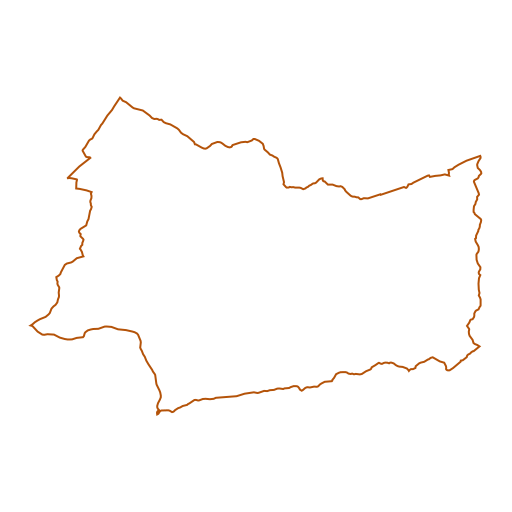 outline of Alunis, Prahova, Romania
{"feature_id": "2599482B26143633311950", "entity_name": "Alunis", "entity_type": "district", "adm_level": 2, "iso_a3": "ROU", "parent_name": "Romania", "parent_adm1": "Prahova", "projection": "equal_earth", "projection_center": [25.857, 45.207], "detail": "fine", "context": "isolated", "style": "outline", "palette": "amber", "viewbox_px": 512, "rotation_deg": 0, "n_neighbors": 0, "source": "geoboundaries", "source_scale": "gbopen_adm2", "svg_char_len": 6017}
<svg xmlns="http://www.w3.org/2000/svg" viewBox="0 0 512 512"><path d="M453.0,368.1L460.6,361.7L460.8,360.6L462.7,360.3L466.7,357.2L467.2,355.5L468.1,354.6L470.2,353.5L471.1,352.4L472.7,351.3L473.6,351.2L479.5,346.4L477.3,345.0L474.8,344.0L473.5,343.0L472.6,339.9L469.6,335.8L469.0,333.9L468.8,331.7L469.2,329.4L469.1,328.9L467.0,325.9L469.3,322.6L470.3,320.1L470.7,319.7L472.6,319.2L474.0,317.1L474.3,315.8L474.3,313.5L475.4,311.3L476.2,310.5L478.5,309.4L479.6,307.0L480.3,306.2L480.6,305.4L480.6,299.4L480.0,297.6L478.8,295.5L479.5,293.0L478.8,289.8L478.5,283.6L479.0,278.2L480.3,275.1L479.1,274.1L478.7,272.8L478.9,271.7L480.3,269.3L480.4,267.2L477.8,263.5L476.6,259.8L476.4,254.8L476.8,253.8L478.4,251.7L478.8,249.8L478.8,248.2L478.6,246.8L477.8,245.1L475.7,241.6L475.1,238.9L476.0,238.1L476.1,235.6L478.3,231.0L478.3,230.1L479.5,227.8L479.9,225.9L479.8,225.0L480.9,222.1L481.2,220.1L480.8,219.1L474.9,214.2L474.3,212.7L473.6,212.0L473.6,209.8L474.0,206.2L475.4,204.0L475.8,201.9L477.2,199.4L477.1,196.9L479.0,194.7L478.7,193.2L473.9,181.7L474.2,180.5L474.9,179.9L477.8,178.4L478.5,177.4L478.9,175.9L481.0,173.9L481.3,173.4L481.1,171.9L480.7,171.2L479.8,169.9L477.8,168.0L477.2,165.4L477.2,164.3L478.5,161.2L480.5,158.1L480.6,157.0L480.2,155.9L466.5,160.7L458.6,164.7L454.4,167.3L452.5,169.1L448.4,170.0L449.0,173.0L448.7,174.3L449.1,175.6L444.8,174.4L440.5,175.4L435.2,175.9L429.9,176.9L429.0,175.4L427.6,175.7L413.3,182.7L411.5,184.0L408.5,184.4L407.4,186.7L406.4,187.8L406.0,187.9L404.0,187.0L380.7,194.8L380.4,194.3L367.9,198.4L363.8,198.2L361.6,199.1L360.2,199.1L358.3,197.4L356.6,197.3L354.7,196.7L352.6,196.6L351.3,196.1L350.4,195.5L346.3,191.8L345.1,190.4L344.8,189.4L342.3,186.9L340.5,186.2L339.1,186.5L336.4,186.1L332.6,184.6L327.9,184.6L324.6,181.4L323.9,181.4L323.1,180.9L322.8,180.4L322.6,178.3L321.1,178.5L319.3,179.3L316.0,182.7L314.8,183.3L313.4,183.4L312.6,183.7L311.0,184.9L309.2,185.7L307.9,186.9L306.4,187.5L305.5,188.4L303.2,189.2L300.7,187.9L299.3,187.6L295.2,187.6L293.1,187.1L291.7,187.3L289.7,186.9L288.8,187.5L286.7,187.6L286.1,187.2L283.5,184.3L284.0,182.1L282.6,176.2L282.2,172.7L280.6,167.5L278.9,163.1L277.8,159.1L277.1,158.2L276.2,157.6L274.1,156.7L272.4,155.5L269.9,154.6L267.9,152.4L264.6,149.6L264.1,148.8L263.6,146.0L262.8,143.8L259.0,140.8L254.8,139.0L253.4,139.0L251.8,140.5L247.3,142.2L245.5,141.8L241.0,142.3L232.8,145.0L232.2,145.5L232.0,146.2L231.4,146.9L229.7,147.4L227.8,147.0L225.3,145.8L222.4,143.5L220.6,142.4L219.2,142.1L217.3,142.0L211.8,144.0L210.1,145.9L206.7,148.3L205.4,148.7L203.8,148.5L201.7,147.6L196.0,144.4L194.9,144.3L194.1,142.1L193.7,141.7L187.3,136.2L183.0,134.2L181.0,132.7L178.9,129.8L177.3,128.4L170.3,124.4L165.9,123.2L163.7,122.1L161.5,119.7L159.2,119.9L157.8,119.1L156.6,118.8L154.3,119.0L152.0,118.0L149.6,115.5L142.8,110.5L134.0,108.3L132.6,107.5L126.1,102.2L122.7,100.7L121.0,98.5L120.0,97.6L114.2,106.3L112.0,110.0L107.4,115.5L102.3,123.6L101.0,125.0L98.3,129.9L96.8,131.4L94.4,134.3L92.6,138.0L92.0,138.7L90.3,139.5L89.0,140.6L85.3,147.0L82.8,149.8L82.6,150.7L85.9,156.6L86.9,157.1L89.8,157.3L90.3,157.9L79.3,166.5L67.8,177.9L67.9,178.2L69.4,178.0L71.8,178.3L76.8,179.4L77.0,179.8L76.4,182.4L76.2,188.5L79.7,188.9L86.6,190.4L91.6,192.1L90.9,193.7L91.5,195.9L91.4,198.1L90.4,200.7L90.3,202.0L90.8,203.4L90.9,205.2L91.7,206.9L91.0,209.2L90.1,210.8L88.5,219.1L87.3,221.4L86.2,225.4L80.5,228.9L79.3,230.3L78.9,231.6L79.3,232.7L80.7,234.1L80.4,235.3L80.4,236.3L83.0,238.8L83.5,239.6L83.2,240.8L82.3,243.0L82.3,244.8L81.1,246.0L79.9,248.8L80.6,249.6L81.9,251.9L82.8,255.3L83.4,256.4L76.8,258.2L72.6,261.7L71.0,262.5L66.9,263.5L64.8,264.9L60.9,272.3L60.3,274.1L58.6,275.7L56.3,277.1L56.8,280.0L57.6,281.6L57.4,283.8L57.8,285.0L59.2,287.3L59.3,288.0L58.7,292.6L59.0,295.5L58.9,297.0L58.0,299.3L57.3,302.4L55.5,304.9L53.5,306.4L51.5,308.6L49.8,313.0L48.6,314.4L45.6,316.9L39.9,319.2L37.4,320.6L34.9,322.2L32.4,324.4L30.7,325.5L32.1,325.9L32.9,326.5L37.6,331.6L42.3,334.6L44.2,334.8L47.5,334.2L54.0,334.6L59.8,337.6L64.7,339.0L67.8,339.5L72.0,339.4L76.7,337.9L83.0,337.2L83.9,336.1L84.7,333.2L85.4,332.2L87.8,330.4L90.7,329.5L93.2,329.0L98.4,328.8L104.6,326.6L106.5,326.5L111.4,326.9L118.0,329.3L126.0,330.1L132.2,331.5L134.6,332.2L137.0,333.5L138.1,334.8L140.6,340.9L140.8,342.5L140.2,347.6L140.7,348.9L141.8,350.8L143.1,354.2L144.8,356.8L146.3,360.6L148.4,364.2L152.1,369.8L152.9,371.5L154.9,374.3L155.2,375.0L156.3,383.3L156.6,384.6L159.4,390.3L160.2,392.4L160.8,395.4L160.8,397.3L159.9,399.6L158.0,403.2L157.2,406.0L157.3,407.5L157.8,408.7L158.9,409.9L157.3,411.7L157.0,412.8L157.2,414.4L158.3,413.8L160.0,411.2L161.4,410.5L168.3,410.3L169.7,410.7L172.0,412.1L173.0,411.9L174.0,411.3L175.1,410.1L178.2,408.1L180.1,407.5L182.7,406.0L187.1,404.9L188.2,403.9L189.2,403.5L194.4,400.0L195.9,399.9L198.1,400.5L199.1,400.4L202.8,399.0L205.6,398.8L209.9,399.2L213.7,398.8L215.9,397.8L236.6,396.2L244.6,393.7L253.9,392.3L257.4,393.0L258.6,392.8L264.1,390.9L267.3,391.1L269.8,390.2L274.0,389.9L277.3,388.6L279.5,388.5L283.2,389.0L284.5,388.4L289.1,388.0L290.7,387.1L293.7,386.1L296.9,386.2L298.1,386.8L299.5,388.6L299.8,389.5L301.7,390.7L302.9,390.0L305.2,388.0L306.5,387.4L307.6,387.2L309.9,387.5L314.1,386.6L316.9,386.8L318.2,386.3L319.9,384.5L321.4,383.5L324.7,381.8L331.8,381.2L332.3,380.6L332.3,380.0L334.1,377.8L336.1,374.2L338.8,372.8L340.6,372.2L345.4,372.1L346.9,372.5L348.5,373.6L350.8,374.0L352.1,373.6L354.0,374.3L355.7,373.9L359.8,374.4L361.8,374.0L366.1,371.2L370.3,369.5L371.1,368.8L371.7,367.3L375.3,365.2L378.6,362.9L379.2,362.9L380.5,363.6L381.9,363.9L383.9,362.9L385.3,362.6L387.3,362.7L389.1,363.3L390.2,362.6L391.3,362.6L393.7,363.4L395.8,365.1L397.6,366.1L399.3,366.6L402.6,366.9L406.9,368.5L408.5,370.2L408.9,370.9L409.6,370.0L411.0,369.1L413.0,369.1L415.4,368.0L415.7,366.2L419.2,363.3L420.8,362.6L424.2,361.8L427.9,359.5L428.8,359.3L430.6,357.9L432.7,357.3L439.8,361.4L444.2,362.7L445.9,366.0L446.2,367.3L446.1,368.8L446.2,369.4L447.0,370.1L448.0,370.4L449.6,370.3L453.0,368.1Z" fill="none" stroke="#b45309" stroke-width="2"/></svg>